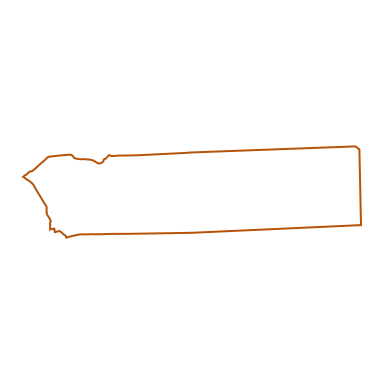 outline of Tura, Al Qahirah, Egypt
{"feature_id": "37247803B1884066406604", "entity_name": "Tura", "entity_type": "district", "adm_level": 2, "iso_a3": "EGY", "parent_name": "Egypt", "parent_adm1": "Al Qahirah", "projection": "robinson", "projection_center": [31.303, 29.94], "detail": "fine", "context": "isolated", "style": "outline", "palette": "amber", "viewbox_px": 384, "rotation_deg": 0, "n_neighbors": 0, "source": "geoboundaries", "source_scale": "gbopen_adm2", "svg_char_len": 2452}
<svg xmlns="http://www.w3.org/2000/svg" viewBox="0 0 384 384"><path d="M191.8,232.8L361.0,225.1L359.4,149.4L355.5,146.4L355.4,146.4L190.6,152.5L185.6,152.9L161.4,154.1L139.3,155.2L136.3,155.3L134.8,155.3L134.2,155.4L118.0,155.6L116.9,155.7L115.7,155.9L114.6,155.9L113.0,156.1L112.0,156.1L111.3,155.9L110.9,155.8L110.4,155.5L110.0,155.4L109.5,155.2L109.1,155.2L109.0,155.3L108.9,155.3L108.3,155.9L106.4,158.0L105.9,158.5L105.6,158.7L105.5,158.8L105.4,158.8L105.0,158.9L104.9,158.9L104.7,158.9L104.5,159.0L104.2,159.1L104.0,159.3L103.8,159.7L103.7,160.2L103.6,160.4L103.6,160.6L103.4,161.1L103.3,161.3L103.0,161.7L102.4,162.2L102.0,162.6L101.6,162.8L101.1,163.0L100.6,163.3L100.1,163.4L99.6,163.5L99.0,163.5L98.1,163.3L97.4,163.1L96.8,162.7L96.1,162.2L95.8,162.0L95.2,161.6L94.5,161.2L93.5,160.7L92.4,160.2L92.0,160.1L91.3,159.8L90.4,159.7L89.5,159.6L88.2,159.5L87.1,159.4L85.7,159.3L85.0,159.2L84.3,159.2L82.9,159.2L81.4,159.3L80.4,159.2L79.6,159.1L79.0,159.1L78.3,159.0L78.1,159.0L77.9,158.9L74.3,158.2L74.2,158.1L74.0,157.9L73.5,157.1L73.0,156.3L72.9,156.2L72.7,155.9L72.5,155.7L72.4,155.6L72.1,155.4L71.9,155.3L71.8,155.2L71.7,155.1L71.4,155.0L71.1,154.9L70.8,154.9L70.6,154.8L70.3,154.8L70.2,154.7L69.8,154.7L69.7,154.7L69.3,154.7L65.9,155.0L61.0,155.4L59.3,155.6L56.6,155.8L56.4,155.9L54.8,156.0L53.1,156.2L51.6,156.4L51.1,156.4L50.0,156.6L49.1,156.7L48.7,156.8L48.2,157.0L47.9,157.3L47.7,157.4L47.6,157.5L47.3,157.7L47.2,157.8L46.8,158.2L46.0,159.0L45.6,159.3L44.9,160.0L44.3,160.5L43.6,161.1L42.8,161.8L41.9,162.6L40.8,163.4L39.8,164.5L39.1,165.1L38.5,165.6L38.0,166.1L37.4,166.6L36.9,167.1L36.7,167.3L36.5,167.5L36.2,167.7L36.0,167.9L35.8,168.0L35.5,168.3L35.4,168.4L35.3,168.5L35.1,168.7L34.3,169.3L33.3,170.2L32.1,171.2L31.5,171.3L29.9,171.5L28.4,172.6L28.2,172.8L28.1,173.0L27.4,173.7L27.1,174.1L26.9,174.3L26.4,174.6L24.9,175.3L23.1,176.9L25.7,178.6L30.5,181.9L33.6,184.9L33.6,185.0L37.2,191.5L40.2,196.3L43.6,202.0L46.6,206.8L46.6,210.5L46.7,211.7L46.7,211.8L46.7,213.5L47.3,215.0L49.1,217.7L50.3,219.8L50.9,221.3L50.1,222.3L50.1,224.4L50.2,229.2L50.2,229.3L50.3,229.2L52.0,229.1L54.3,228.7L54.8,232.1L59.6,231.0L59.9,231.1L63.8,234.5L65.6,235.6L66.4,237.6L71.3,236.2L71.5,236.1L72.4,235.9L73.2,235.7L74.3,235.6L79.0,234.5L80.0,234.4L80.4,234.4L85.5,234.3L89.0,234.3L91.0,234.2L99.7,234.3L107.1,234.0L109.3,234.0L111.7,233.9L116.1,233.9L118.7,233.9L128.9,233.8L143.6,233.6L191.8,232.8Z" fill="none" stroke="#b45309" stroke-width="2"/></svg>